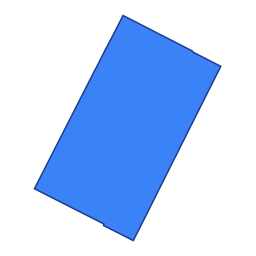 Texas, Oklahoma, United States of America (Natural Earth projection), rotated 117°
{"feature_id": "52423323B37973065471626", "entity_name": "Texas", "entity_type": "district", "adm_level": 2, "iso_a3": "USA", "parent_name": "United States of America", "parent_adm1": "Oklahoma", "projection": "natural_earth1", "projection_center": [-101.473, 36.749], "detail": "fine", "context": "isolated", "style": "filled", "palette": "blue", "viewbox_px": 256, "rotation_deg": 117, "n_neighbors": 0, "source": "geoboundaries", "source_scale": "gbopen_adm2", "svg_char_len": 661}
<svg xmlns="http://www.w3.org/2000/svg" viewBox="0 0 256 256"><g transform="rotate(117 128 128)"><path d="M200.9,183.8L206.8,183.8L208.1,183.8L220.4,183.8L224.6,183.8L224.5,105.7L226.0,105.6L225.9,72.2L216.7,72.2L213.8,72.2L206.5,72.2L204.1,72.2L178.0,72.4L177.8,72.4L151.7,72.6L151.3,72.6L148.0,72.6L141.6,72.7L141.4,72.7L128.7,72.7L122.6,72.8L116.1,72.8L108.0,72.8L107.8,72.9L53.6,73.2L36.0,73.3L31.0,73.3L30.9,104.6L30.2,105.5L30.0,183.5L48.4,183.5L67.2,183.7L67.2,183.8L74.1,183.7L74.9,183.7L75.2,183.7L75.4,183.7L75.7,183.7L88.3,183.7L90.2,183.8L98.3,183.8L99.0,183.8L103.7,183.8L200.9,183.8Z" fill="#3b82f6" stroke="#1e3a8a" stroke-width="1.5"/></g></svg>